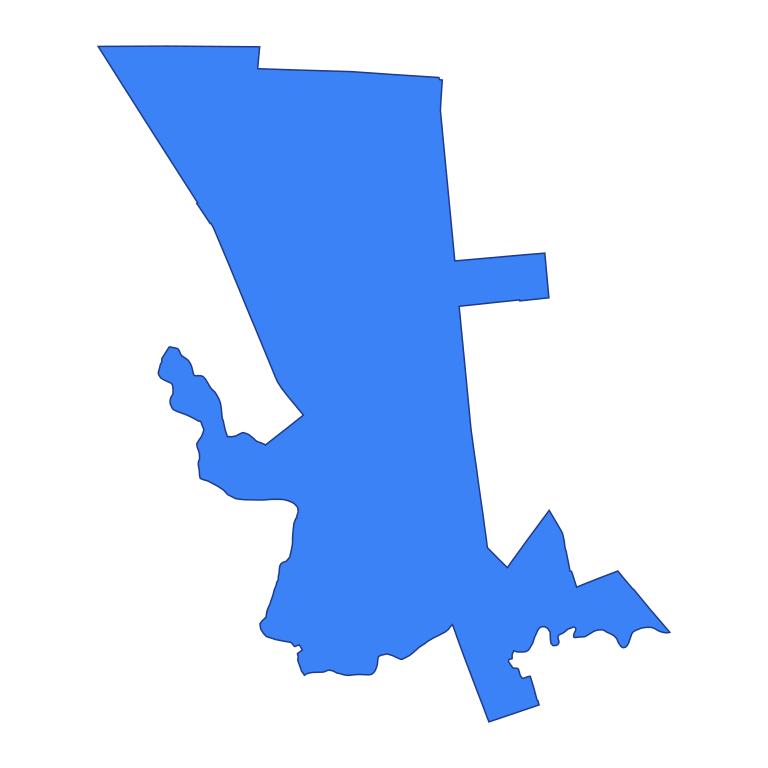 Tandarei, Ialomita, Romania (Natural Earth projection)
{"feature_id": "2599482B96283666408725", "entity_name": "Tandarei", "entity_type": "district", "adm_level": 2, "iso_a3": "ROU", "parent_name": "Romania", "parent_adm1": "Ialomita", "projection": "natural_earth1", "projection_center": [27.631, 44.699], "detail": "fine", "context": "isolated", "style": "filled", "palette": "blue", "viewbox_px": 768, "rotation_deg": 0, "n_neighbors": 0, "source": "geoboundaries", "source_scale": "gbopen_adm2", "svg_char_len": 6109}
<svg xmlns="http://www.w3.org/2000/svg" viewBox="0 0 768 768"><path d="M488.9,721.9L537.1,705.6L539.1,704.9L538.3,702.4L538.3,701.8L537.9,700.7L537.0,700.0L534.1,688.9L531.3,679.5L530.8,677.9L530.3,676.5L530.1,676.2L529.9,676.2L528.4,676.6L527.2,676.9L526.5,677.2L525.0,677.7L523.2,678.4L522.5,678.3L521.7,677.5L520.2,675.3L518.5,669.3L517.6,668.4L516.9,668.3L514.3,668.1L512.9,667.9L512.5,667.4L509.5,663.1L508.8,662.1L508.5,660.4L508.7,659.7L510.0,659.1L511.8,658.9L512.2,658.4L512.1,655.2L512.3,654.3L513.8,650.7L516.8,651.9L521.6,652.0L524.4,651.9L526.3,651.4L528.4,650.1L529.4,648.8L532.7,643.2L534.6,637.2L537.9,630.0L539.8,627.6L541.7,626.8L544.3,626.6L547.4,628.1L549.1,630.5L550.1,632.2L550.2,634.1L550.4,639.3L551.0,643.5L553.0,645.6L555.3,645.6L557.2,645.1L558.6,643.6L559.0,641.6L558.4,639.6L557.8,636.6L558.9,635.1L561.1,633.9L563.0,633.1L564.7,631.8L568.0,629.1L570.3,628.3L573.5,627.0L574.4,627.2L575.2,627.8L575.7,628.4L575.8,629.2L575.5,630.7L574.8,632.0L574.1,633.5L573.8,634.7L573.7,635.8L573.7,636.9L574.3,637.4L575.1,637.6L578.5,637.1L584.2,636.8L585.9,636.2L593.7,631.4L597.0,630.2L600.5,629.8L602.7,629.9L605.5,631.2L607.0,632.3L608.6,632.9L611.9,634.5L614.3,636.0L616.8,638.8L618.3,642.6L620.8,646.3L622.1,647.3L623.5,647.7L625.5,647.2L627.0,645.8L628.6,643.1L631.8,633.7L633.4,631.7L635.9,630.3L641.6,628.0L647.1,627.3L649.9,627.3L652.1,627.6L654.7,628.6L658.8,631.0L662.0,632.1L665.6,632.8L668.5,632.7L669.8,632.3L649.6,608.7L633.7,589.4L632.8,588.9L623.1,577.5L617.9,571.0L604.2,576.2L592.9,580.6L576.6,587.1L575.4,583.3L572.3,573.5L571.5,571.5L571.0,571.1L569.8,570.8L569.6,568.8L569.1,566.3L568.3,562.0L567.5,558.2L567.0,555.6L566.2,551.4L565.8,550.2L565.1,548.1L564.8,545.8L564.5,543.7L564.4,542.3L563.7,538.5L562.7,534.2L562.6,533.6L561.6,531.6L560.5,529.6L556.2,522.2L549.2,510.4L541.0,521.4L534.3,530.5L526.0,541.7L522.5,546.6L518.3,552.4L511.9,561.2L507.4,567.7L504.1,564.4L499.3,559.7L487.6,547.9L487.3,547.4L486.7,542.4L486.5,540.2L485.5,533.0L484.6,526.9L483.9,521.5L483.2,516.1L478.9,486.3L477.3,474.4L476.7,469.7L475.9,463.9L475.2,459.7L474.9,457.4L474.3,453.2L473.1,444.7L472.4,439.1L471.4,432.2L470.8,427.1L468.7,405.1L467.3,390.6L466.7,384.3L466.3,380.0L465.5,372.0L464.8,364.8L464.0,356.1L463.5,351.5L462.9,344.7L462.2,338.1L461.8,333.4L461.2,327.9L460.4,319.0L460.2,317.0L459.1,306.3L494.5,302.5L519.7,299.9L519.8,300.9L548.9,297.8L544.8,253.1L535.7,253.9L529.0,254.4L454.8,260.9L447.7,186.5L440.4,110.5L441.0,99.3L442.3,80.0L440.7,79.9L439.7,79.6L439.3,79.2L438.9,77.5L394.3,74.6L394.1,74.6L351.1,71.6L350.9,71.6L296.8,70.0L290.8,69.8L257.8,68.7L257.7,68.7L257.8,67.3L258.7,57.0L259.7,46.8L167.7,46.1L101.2,46.4L98.2,46.5L106.9,60.2L122.2,84.5L134.1,103.2L135.6,105.6L142.1,115.9L157.4,139.9L172.6,163.7L175.9,168.8L180.4,175.9L197.6,202.7L196.7,203.3L210.2,223.6L210.9,223.3L212.4,225.9L213.5,227.9L229.2,265.2L251.6,319.6L254.9,327.3L255.0,327.6L264.8,351.3L275.8,378.1L277.5,381.8L279.6,385.1L281.4,388.0L287.5,395.9L303.4,415.1L284.9,429.8L279.3,434.1L265.3,445.1L264.8,444.5L262.4,443.4L259.5,442.3L257.1,441.5L255.1,440.0L253.7,438.5L248.8,434.6L245.8,433.3L244.5,433.0L243.9,432.7L242.8,432.7L241.9,432.9L237.7,434.9L235.1,436.4L234.6,436.1L234.1,436.1L232.1,436.8L228.9,436.5L227.6,436.7L227.2,436.4L227.0,435.2L225.2,430.0L224.2,425.3L223.2,420.6L222.4,418.7L222.1,417.0L221.3,408.4L220.4,402.9L218.9,398.9L216.3,394.2L214.6,391.7L212.5,389.9L210.6,387.8L207.8,383.0L205.6,379.3L203.0,376.5L201.1,375.8L198.1,375.6L196.8,375.8L195.9,375.8L194.9,375.6L194.1,375.0L193.6,374.5L192.1,368.2L191.5,366.1L190.3,363.4L188.3,360.4L186.3,358.8L181.8,355.7L180.6,354.1L179.2,350.7L178.3,349.2L177.3,348.5L173.6,347.6L171.3,347.3L170.2,346.8L169.0,347.2L161.9,358.4L161.8,358.7L161.9,360.3L161.7,362.0L160.3,364.8L159.3,368.8L158.3,372.4L158.5,374.0L159.1,375.4L160.6,377.8L163.5,379.7L169.5,382.5L170.8,382.9L172.3,384.6L172.9,387.0L172.9,387.7L173.1,391.7L172.8,394.3L170.9,397.3L170.0,400.8L170.3,404.0L171.9,407.7L173.2,409.5L176.7,411.3L186.8,415.0L193.5,418.2L198.5,421.1L200.0,421.2L200.8,421.8L201.3,422.9L201.9,424.8L203.9,429.6L203.0,432.7L201.5,436.5L199.2,439.7L196.8,443.6L196.9,445.2L197.3,447.5L198.5,450.5L199.4,453.9L199.6,458.6L198.3,462.5L198.3,465.1L199.2,469.7L199.6,475.8L200.2,478.3L201.9,479.2L208.1,481.1L217.9,486.3L223.7,490.2L227.7,494.6L235.1,498.4L236.3,498.8L243.9,499.7L259.3,500.0L263.6,500.0L271.9,499.3L278.3,499.3L283.2,499.5L287.7,500.6L291.3,502.0L293.8,503.3L296.9,506.3L297.8,508.0L297.7,508.4L298.1,510.4L298.1,512.3L297.4,514.2L296.8,516.0L296.9,517.2L296.8,518.1L295.9,518.2L294.4,522.1L293.9,523.6L293.7,525.4L293.3,529.0L292.9,533.2L292.5,538.5L292.6,540.9L292.4,544.3L291.7,548.3L289.7,557.2L286.2,561.3L283.0,562.3L281.1,563.7L280.8,564.1L280.0,565.5L279.5,567.6L279.0,573.6L278.4,575.7L278.2,578.1L278.3,578.6L278.3,579.2L277.8,580.7L277.1,581.6L276.6,582.7L276.4,584.4L275.7,586.4L274.3,589.7L273.1,594.5L271.6,599.1L270.8,600.9L270.1,603.8L268.0,608.1L266.8,611.6L266.0,617.1L262.0,621.0L259.9,623.8L260.7,629.0L263.3,633.2L266.3,636.5L275.9,639.6L282.4,640.9L290.8,642.4L291.5,642.8L294.3,646.3L295.0,646.5L297.3,645.6L299.4,644.9L302.3,650.0L297.4,653.6L298.1,656.3L298.2,657.3L298.0,658.0L297.8,659.2L297.9,660.8L301.7,671.5L303.0,673.1L304.4,675.3L306.3,674.0L308.2,673.3L310.0,672.9L312.8,672.4L316.3,672.3L319.1,672.2L322.0,672.2L324.5,671.8L327.6,670.4L329.0,670.1L332.8,670.9L337.0,673.0L340.6,673.8L343.5,674.7L346.7,675.3L349.6,675.3L355.0,674.7L358.8,674.5L361.2,674.5L364.1,674.7L369.8,674.8L371.6,674.2L373.0,673.4L374.7,671.4L375.8,669.2L376.7,666.9L377.4,664.1L377.8,659.9L378.3,657.1L378.9,656.3L381.2,655.2L387.1,653.9L391.9,655.4L393.1,655.8L395.9,657.2L400.4,659.2L402.1,659.3L403.4,658.7L406.5,657.1L409.5,655.5L413.3,652.5L415.9,650.2L419.0,647.4L422.5,645.1L425.4,643.2L427.3,641.6L433.3,638.0L439.8,634.8L445.3,631.9L448.3,629.5L450.6,626.4L451.9,625.2L452.5,624.6L454.3,629.6L455.8,633.6L456.5,635.9L464.1,656.7L470.9,674.6L473.9,682.5L475.5,686.7L477.5,692.1L479.7,697.7L481.3,701.9L483.1,706.4L484.7,710.9L486.6,715.9L488.9,721.9Z" fill="#3b82f6" stroke="#1e3a8a" stroke-width="1.5"/></svg>